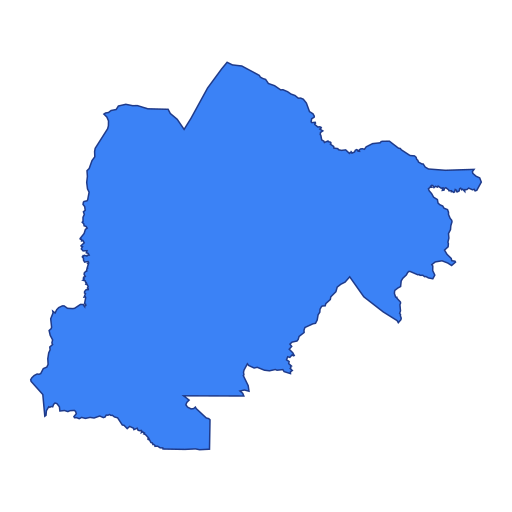 the district of Mpohor, Western, Ghana
{"feature_id": "2480657B89256099008264", "entity_name": "Mpohor", "entity_type": "district", "adm_level": 2, "iso_a3": "GHA", "parent_name": "Ghana", "parent_adm1": "Western", "projection": "orthographic", "projection_center": [-1.858, 5.058], "detail": "fine", "context": "isolated", "style": "filled", "palette": "blue", "viewbox_px": 512, "rotation_deg": 0, "n_neighbors": 0, "source": "geoboundaries", "source_scale": "gbopen_adm2", "svg_char_len": 5934}
<svg xmlns="http://www.w3.org/2000/svg" viewBox="0 0 512 512"><path d="M475.1,190.9L476.8,190.3L481.3,182.1L479.7,177.9L476.0,176.2L472.8,173.4L472.4,171.6L474.0,169.4L445.4,170.3L428.5,169.0L425.2,167.1L423.2,164.0L421.8,163.9L418.5,162.1L417.8,160.3L416.7,159.4L416.1,157.3L414.5,155.9L410.0,155.5L401.3,149.8L400.3,148.5L398.5,148.2L389.4,141.2L382.3,141.3L381.1,141.6L380.2,142.8L372.6,143.6L366.2,146.8L364.4,149.3L362.4,148.7L360.4,149.0L359.1,150.2L359.5,151.3L358.0,151.2L357.6,150.1L356.6,149.6L355.3,150.3L354.5,152.0L352.3,153.0L351.3,151.9L351.1,152.8L350.3,152.4L349.4,153.4L345.7,149.9L341.4,150.4L338.5,149.7L337.8,148.6L333.9,148.1L333.7,146.5L330.4,144.2L331.0,143.0L330.5,142.2L328.0,141.6L327.9,141.0L324.4,142.5L323.9,141.2L321.7,139.9L320.8,135.2L320.2,134.6L320.5,132.5L322.8,130.9L319.9,129.1L321.3,127.8L321.0,127.3L319.8,126.8L317.8,127.0L314.8,124.5L314.7,123.9L315.5,123.1L315.2,122.3L311.8,122.6L311.1,121.8L311.7,118.7L314.1,117.3L314.3,116.2L313.0,113.8L309.5,111.6L306.4,103.1L303.3,99.2L300.7,98.1L298.3,98.2L295.0,95.5L290.9,94.0L287.6,91.7L282.9,89.7L280.7,89.9L274.6,85.7L268.4,83.5L265.6,79.4L262.8,78.5L260.3,77.1L259.3,75.4L241.8,66.0L232.4,64.9L227.1,62.3L221.8,68.7L207.6,88.0L191.0,118.3L184.1,129.4L177.2,119.3L170.3,113.5L168.1,109.3L147.8,108.8L137.4,105.6L132.7,105.7L125.8,104.3L118.4,106.0L116.2,109.5L111.1,110.5L108.5,112.5L105.5,113.0L103.9,114.1L106.9,117.1L108.5,120.9L108.4,125.9L107.6,128.8L95.2,148.3L94.6,151.5L94.8,156.8L92.0,160.6L89.2,168.5L87.0,170.7L87.4,176.5L86.7,182.4L87.5,188.9L89.1,192.2L87.7,199.7L87.0,200.8L84.0,201.5L83.4,202.2L83.0,204.4L84.7,206.6L85.2,210.3L83.4,211.8L84.3,214.4L83.0,217.3L83.0,221.5L82.2,222.2L83.8,223.9L84.1,225.8L86.0,226.4L87.2,228.1L85.4,229.4L84.1,233.5L80.2,238.4L81.0,239.0L80.6,239.4L81.9,240.0L81.7,240.9L83.0,240.6L84.2,242.8L81.0,245.7L81.3,246.4L82.5,246.7L81.3,248.9L83.1,250.9L87.0,250.7L86.3,252.8L88.2,253.4L89.1,255.1L87.2,255.3L86.9,256.1L84.4,255.3L83.6,256.2L83.1,255.7L82.3,256.9L83.5,258.4L83.5,260.2L84.6,262.1L88.1,261.5L88.6,262.4L87.7,263.5L88.5,263.7L87.2,267.7L87.6,268.1L86.8,269.0L86.7,271.2L85.8,271.3L84.3,272.9L84.1,274.3L85.3,276.5L83.6,277.2L83.4,278.3L84.0,278.5L84.0,279.4L82.9,280.2L85.3,280.9L85.6,282.3L86.3,282.6L86.0,283.6L86.7,284.0L86.2,284.4L87.3,284.7L88.2,286.7L87.4,288.0L88.3,288.7L88.3,289.6L86.0,289.8L84.6,291.5L84.5,293.0L85.5,293.7L84.1,297.1L85.4,296.9L85.7,297.7L84.5,303.9L85.6,304.2L85.8,305.5L84.6,306.0L84.6,306.6L83.0,304.5L80.5,304.4L74.6,308.3L72.8,308.6L67.5,308.3L64.1,305.9L62.3,305.9L58.7,307.6L56.7,309.7L55.1,313.0L52.8,311.2L53.1,312.8L50.7,318.8L51.6,327.2L51.2,328.6L49.1,330.5L50.2,335.3L52.6,339.9L51.9,342.9L52.6,344.5L49.8,347.0L50.1,349.8L48.7,352.9L47.8,358.7L48.1,364.4L46.8,367.1L43.3,368.6L40.7,373.6L39.0,374.3L37.1,374.0L34.2,375.5L31.9,377.7L30.7,379.7L31.1,381.4L42.8,394.5L44.8,416.2L46.0,415.3L46.4,410.7L48.8,406.7L49.8,407.3L51.1,406.5L52.7,406.8L53.6,404.4L55.0,403.0L56.9,403.6L59.4,406.8L59.9,411.0L64.5,410.5L67.9,411.6L69.9,410.7L74.4,410.4L75.6,411.5L76.3,413.7L73.9,416.6L74.5,417.7L76.8,417.7L79.2,418.7L81.6,417.4L85.4,418.4L90.0,417.4L94.1,418.0L99.7,416.0L103.4,417.6L105.1,417.0L106.2,415.1L108.0,415.2L109.5,414.5L110.9,415.4L112.4,415.3L114.4,416.9L117.6,417.8L122.3,425.0L124.0,425.3L127.2,428.6L129.7,426.4L133.5,428.2L133.9,429.6L137.2,428.2L138.1,430.3L140.2,430.8L141.1,430.3L141.8,431.1L141.4,432.6L142.7,431.9L144.5,433.0L143.8,433.9L145.5,434.6L148.3,437.7L147.9,439.1L148.3,439.5L148.9,438.7L150.9,442.5L152.3,442.9L152.9,444.5L153.6,444.3L155.0,445.5L155.0,446.3L157.7,446.2L160.1,447.8L162.8,447.9L163.0,449.0L184.8,449.4L195.5,448.9L199.6,449.7L209.5,449.2L210.0,419.8L208.7,418.6L206.3,418.0L196.2,408.6L195.4,407.1L193.6,408.6L191.1,408.9L187.5,407.1L185.9,404.8L186.8,402.4L189.1,400.1L183.6,395.8L243.8,396.0L242.7,393.3L240.0,391.0L244.3,390.0L249.0,391.2L248.2,385.7L243.3,375.6L243.9,374.8L243.5,372.3L244.0,370.1L247.4,363.8L248.7,365.5L254.1,368.0L257.2,367.3L264.4,370.2L269.5,370.8L275.3,369.5L277.0,370.2L282.8,369.6L284.1,371.6L290.5,373.6L290.5,371.7L292.3,370.5L290.2,368.5L290.8,367.8L290.6,366.4L291.4,366.0L288.7,363.6L289.1,361.5L286.5,359.8L287.7,356.7L289.8,357.4L292.1,354.9L293.3,355.8L294.2,355.5L292.8,352.8L289.2,349.2L291.7,346.4L289.9,344.1L292.1,342.1L297.0,341.0L298.2,339.4L299.1,336.4L304.1,332.5L304.0,330.1L304.9,327.5L312.9,323.8L315.5,323.3L317.2,320.0L318.1,314.8L319.8,312.2L320.0,309.3L321.2,307.0L322.2,306.0L325.2,305.8L325.8,303.6L330.3,299.5L330.8,296.8L335.9,291.7L337.2,287.1L340.9,284.2L345.1,282.1L349.7,276.8L363.8,296.8L383.2,311.9L397.1,320.6L398.3,322.7L400.9,319.7L401.2,318.1L400.4,315.9L400.5,314.4L399.6,313.4L400.5,310.8L399.9,304.7L400.6,303.0L400.4,302.0L396.9,298.2L396.9,297.3L395.6,297.1L394.4,293.4L394.6,291.2L394.9,290.3L397.9,288.0L400.6,286.5L401.2,280.9L402.8,278.3L406.4,274.9L407.6,272.6L408.9,271.4L410.2,271.5L417.9,274.8L419.2,274.5L420.0,275.3L422.9,275.3L424.6,276.7L425.9,276.5L428.4,277.9L432.8,278.8L434.8,275.1L432.7,270.6L432.8,266.0L431.8,264.6L435.3,261.9L442.0,260.8L447.7,263.0L451.6,265.5L455.5,262.1L455.0,261.2L451.8,260.7L451.2,258.4L447.0,254.3L444.5,250.1L448.1,246.8L448.4,243.7L447.9,242.2L448.9,238.1L448.5,233.5L450.5,229.6L450.8,225.8L452.0,221.8L451.7,220.3L450.1,218.3L448.5,214.5L448.5,212.2L447.5,209.6L444.0,208.2L442.7,206.0L439.8,204.7L438.0,203.0L437.4,199.6L433.6,197.2L431.6,193.6L429.2,190.8L428.4,188.8L430.1,187.3L431.6,187.2L430.7,186.2L431.7,185.3L432.8,185.5L434.0,187.6L435.4,186.3L437.5,187.1L438.1,186.1L441.2,188.2L442.9,187.9L442.3,190.4L444.0,190.1L444.5,188.4L445.8,187.7L448.6,189.8L449.0,190.8L451.3,190.7L451.4,191.7L452.2,191.4L453.8,192.4L454.5,191.9L455.2,189.5L456.6,190.4L456.6,191.7L457.4,191.9L459.2,190.9L459.6,188.7L460.7,188.2L461.7,189.8L462.7,189.2L464.8,191.5L464.8,189.6L466.8,189.6L468.7,188.1L472.5,189.8L474.2,189.3L475.1,190.9Z" fill="#3b82f6" stroke="#1e3a8a" stroke-width="1.5"/></svg>